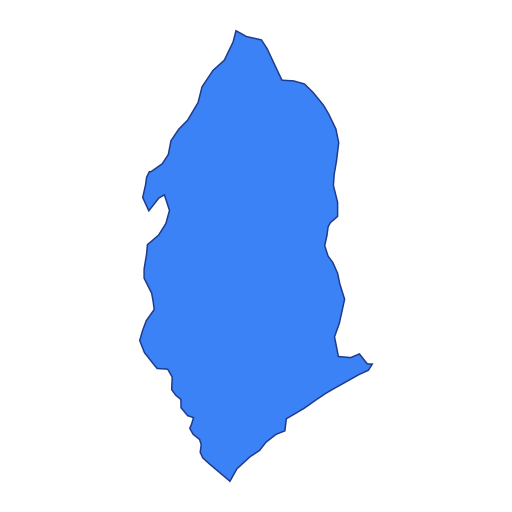 outline of Voroklini, Larnaca, Cyprus
{"feature_id": "46923920B52896679551870", "entity_name": "Voroklini", "entity_type": "district", "adm_level": 2, "iso_a3": "CYP", "parent_name": "Cyprus", "parent_adm1": "Larnaca", "projection": "natural_earth1", "projection_center": [33.657, 34.987], "detail": "fine", "context": "isolated", "style": "filled", "palette": "blue", "viewbox_px": 512, "rotation_deg": 0, "n_neighbors": 0, "source": "geoboundaries", "source_scale": "gbopen_adm2", "svg_char_len": 1378}
<svg xmlns="http://www.w3.org/2000/svg" viewBox="0 0 512 512"><path d="M149.4,171.6L146.6,177.2L145.6,184.6L142.7,197.5L148.8,210.8L159.0,197.9L164.4,194.9L169.5,210.4L165.8,223.7L158.6,235.1L147.4,244.7L146.6,253.9L144.1,269.0L144.1,278.2L151.7,293.3L153.2,301.8L154.2,309.5L146.3,320.6L142.6,330.5L139.7,340.5L144.5,352.7L150.3,360.0L151.1,361.1L157.1,368.5L167.7,369.2L172.2,377.0L171.7,389.7L175.9,395.4L180.8,399.4L181.0,402.9L181.0,407.7L187.7,415.7L193.5,417.6L191.7,423.7L189.8,428.4L193.1,434.3L199.6,439.5L201.2,444.7L200.2,452.3L202.8,457.9L209.8,464.3L228.7,480.2L229.9,481.3L236.9,468.8L250.1,456.7L259.6,450.4L265.9,442.3L276.1,434.3L284.9,430.8L286.3,418.8L297.5,412.2L304.4,408.1L316.0,399.9L325.5,393.5L333.2,389.0L358.9,374.6L368.4,370.2L372.3,364.1L367.3,363.9L359.4,353.9L350.7,357.6L338.4,356.5L334.5,336.8L339.3,323.4L341.2,314.9L344.6,299.2L339.8,283.9L337.6,273.3L332.8,262.5L328.1,256.2L324.7,245.7L326.9,235.8L328.1,226.9L330.3,222.7L337.6,216.4L337.6,202.4L333.4,185.4L334.2,174.3L336.5,160.9L338.7,142.7L335.9,129.0L328.6,113.9L323.6,105.4L313.2,92.6L304.5,84.0L293.6,80.9L283.3,80.3L281.9,80.1L274.9,65.3L267.3,49.0L261.4,39.9L246.3,36.5L236.0,30.7L233.1,42.0L224.3,60.2L213.0,70.4L202.0,86.9L198.1,102.5L187.6,120.2L178.8,129.1L171.0,140.7L168.3,154.5L162.2,163.8L150.8,171.8L149.4,171.6Z" fill="#3b82f6" stroke="#1e3a8a" stroke-width="1.5"/></svg>